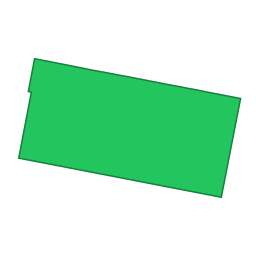 Todd, South Dakota, United States of America (Natural Earth projection), rotated 191°
{"feature_id": "52423323B83627610522987", "entity_name": "Todd", "entity_type": "district", "adm_level": 2, "iso_a3": "USA", "parent_name": "United States of America", "parent_adm1": "South Dakota", "projection": "natural_earth1", "projection_center": [-100.67, 43.194], "detail": "fine", "context": "isolated", "style": "filled", "palette": "green", "viewbox_px": 256, "rotation_deg": 191, "n_neighbors": 0, "source": "geoboundaries", "source_scale": "gbopen_adm2", "svg_char_len": 469}
<svg xmlns="http://www.w3.org/2000/svg" viewBox="0 0 256 256"><g transform="rotate(191 128 128)"><path d="M23.1,178.4L23.3,178.4L60.7,178.4L69.5,178.5L76.8,178.4L78.0,178.4L88.6,178.4L92.4,178.4L96.6,178.3L144.6,178.3L145.9,178.2L160.6,178.2L162.5,178.2L164.5,178.1L177.0,178.0L200.9,178.2L202.1,178.2L215.5,178.2L216.8,178.2L232.9,178.2L232.8,144.8L229.7,144.8L229.5,77.5L205.5,77.6L23.2,77.8L23.1,178.4Z" fill="#22c55e" stroke="#15803d" stroke-width="1.5"/></g></svg>